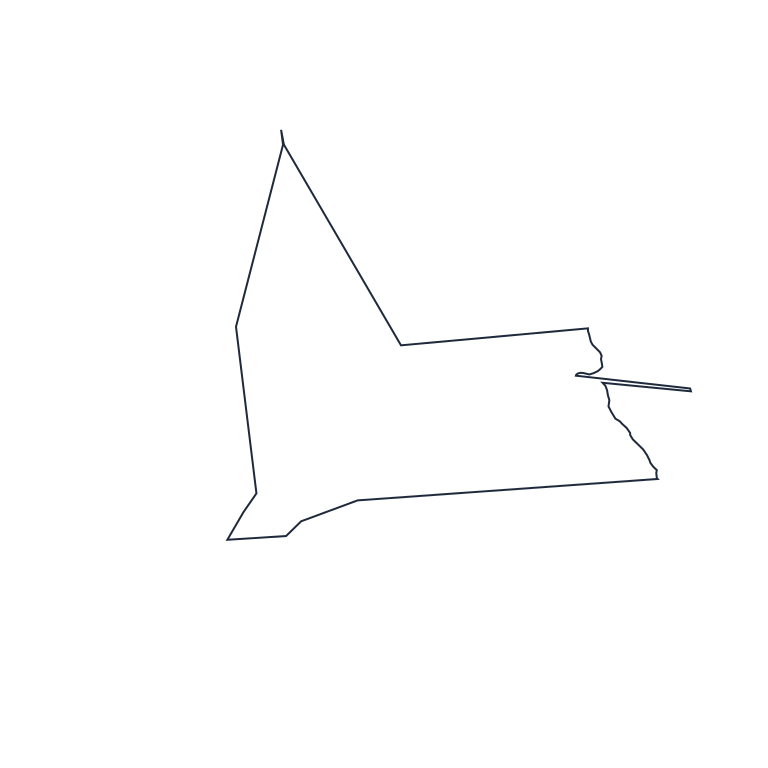 the district of Mengellang, Palau, rotated 227°
{"feature_id": "81905179B37615107776552", "entity_name": "Mengellang", "entity_type": "district", "adm_level": 2, "iso_a3": "PLW", "parent_name": "Palau", "parent_adm1": "", "projection": "orthographic", "projection_center": [134.628, 7.695], "detail": "fine", "context": "isolated", "style": "outline", "palette": "slate", "viewbox_px": 768, "rotation_deg": 227, "n_neighbors": 0, "source": "geoboundaries", "source_scale": "gbopen_adm2", "svg_char_len": 898}
<svg xmlns="http://www.w3.org/2000/svg" viewBox="0 0 768 768"><g transform="rotate(227 384 384)"><path d="M391.0,216.1L386.1,193.7L376.9,163.2L339.6,208.7L340.1,229.8L316.9,285.3L127.9,519.4L129.2,519.4L133.3,522.5L135.0,524.8L139.6,524.5L144.5,525.0L147.2,526.2L152.5,527.8L159.5,528.9L167.8,528.5L173.8,528.2L178.7,529.2L180.3,530.6L186.3,531.5L191.9,531.0L196.0,531.0L200.9,529.6L208.5,531.2L214.5,532.9L218.5,537.8L223.1,540.1L227.3,542.9L231.7,544.7L235.1,544.7L235.8,544.7L169.3,603.5L172.0,604.8L259.2,530.0L259.6,530.7L259.6,532.6L258.3,535.2L256.2,537.2L254.1,538.6L250.9,540.7L249.0,544.7L247.6,549.1L247.4,552.4L247.6,555.4L250.4,557.3L254.1,559.6L256.2,562.4L259.7,563.6L264.8,563.5L270.5,563.3L274.0,564.2L279.8,567.5L283.7,569.4L285.6,571.1L400.7,422.8L627.2,474.0L628.3,474.6L640.1,482.1L627.9,473.4L526.8,314.8L391.0,216.1Z" fill="none" stroke="#1e293b" stroke-width="2"/></g></svg>